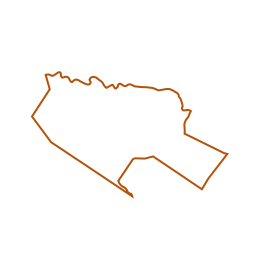 Morne Gomier, Laborie, Saint Lucia, rotated 302°
{"feature_id": "8701671B16290064127769", "entity_name": "Morne Gomier", "entity_type": "district", "adm_level": 2, "iso_a3": "LCA", "parent_name": "Saint Lucia", "parent_adm1": "Laborie", "projection": "natural_earth1", "projection_center": [-60.992, 13.765], "detail": "fine", "context": "isolated", "style": "outline", "palette": "amber", "viewbox_px": 256, "rotation_deg": 302, "n_neighbors": 0, "source": "geoboundaries", "source_scale": "gbopen_adm2", "svg_char_len": 4149}
<svg xmlns="http://www.w3.org/2000/svg" viewBox="0 0 256 256"><g transform="rotate(302 128 128)"><path d="M115.2,223.1L127.7,222.9L158.6,226.0L157.6,222.7L153.2,179.1L153.4,179.1L154.0,178.6L154.7,178.2L156.5,177.0L158.6,175.6L159.4,175.0L160.5,174.1L160.8,174.0L161.2,173.8L162.3,173.4L163.0,173.2L163.9,173.1L164.5,173.0L165.3,172.9L166.4,172.9L167.2,173.0L167.5,173.1L168.0,173.1L168.5,173.2L168.9,173.2L169.4,173.2L169.9,173.2L170.9,172.9L171.4,172.8L172.2,172.7L172.7,172.6L173.1,172.6L173.9,172.5L174.7,172.4L175.2,172.3L175.6,172.3L175.5,171.8L175.6,171.4L175.5,170.5L175.4,170.0L175.1,169.5L174.5,168.6L173.6,167.4L172.8,166.6L172.5,166.1L172.3,165.6L172.3,165.0L172.4,164.5L172.5,164.2L172.9,163.7L173.5,163.2L174.2,163.0L174.6,163.1L175.1,162.9L175.7,162.5L176.1,162.2L176.6,161.7L177.3,161.1L178.1,160.1L179.0,159.1L180.1,157.7L180.8,156.7L181.0,156.3L181.2,155.3L181.5,154.7L181.9,154.2L182.6,153.7L182.8,153.4L183.2,152.7L183.5,152.1L183.6,151.6L183.7,151.1L183.7,150.8L183.7,150.3L183.6,149.7L183.6,148.8L183.6,147.8L183.6,147.1L183.6,146.6L183.6,146.2L183.5,145.5L183.5,145.1L183.4,144.8L183.4,144.4L183.3,143.9L183.2,143.2L183.0,142.8L182.9,142.4L182.7,142.1L182.5,141.5L182.3,141.2L182.1,140.8L181.9,140.6L181.6,140.2L181.4,139.9L181.0,139.4L180.7,139.2L180.4,138.8L180.0,138.3L179.7,138.0L179.3,137.6L177.8,135.9L176.8,134.8L176.4,134.3L176.2,134.0L176.0,133.5L175.9,132.9L175.8,132.4L175.8,131.9L175.7,131.2L175.6,130.8L175.5,130.2L175.5,129.8L175.4,129.5L175.3,129.1L175.2,128.6L175.1,128.2L175.0,127.9L174.9,127.7L174.8,127.4L174.7,126.9L174.5,126.6L174.1,125.7L173.7,125.0L173.7,124.9L173.5,124.5L173.4,124.2L173.0,123.5L172.9,123.1L172.7,122.7L172.4,122.1L172.2,121.8L172.0,121.3L171.8,121.0L171.5,120.7L171.2,120.2L170.8,119.5L170.6,119.1L170.5,118.9L170.3,118.6L170.1,118.2L170.0,117.9L169.7,117.4L169.4,116.9L169.2,116.5L169.0,116.0L168.7,115.5L168.5,115.0L168.1,114.1L167.7,113.3L167.3,112.6L167.0,111.9L166.9,111.4L166.8,111.0L166.8,110.6L166.7,110.3L166.7,109.8L166.6,109.3L166.6,108.9L166.6,108.4L166.5,107.9L166.4,107.6L166.3,107.3L166.3,107.1L166.2,106.8L166.0,106.5L165.8,106.3L165.7,106.0L165.5,105.8L165.2,105.4L164.9,105.2L164.4,104.9L163.6,104.6L163.4,104.5L162.9,104.2L162.5,104.0L162.1,103.5L161.9,103.2L161.7,102.6L161.7,102.3L161.6,102.1L161.5,101.3L161.5,101.0L161.4,100.6L161.5,100.2L161.5,99.7L161.5,99.0L161.5,98.5L161.5,98.2L161.3,97.8L161.2,97.5L160.9,97.3L160.6,97.1L160.3,97.0L160.1,96.9L159.7,96.8L159.3,96.8L159.0,97.0L158.6,97.1L158.2,97.3L157.9,97.4L157.5,97.4L157.2,97.4L156.9,97.3L156.6,97.2L156.1,97.1L155.8,97.0L155.5,96.9L155.2,96.8L155.0,96.7L154.8,96.3L154.8,96.0L154.8,95.7L154.9,95.4L155.1,95.2L155.2,94.9L155.4,94.5L155.6,94.1L155.8,93.7L156.0,93.1L156.2,92.7L156.4,92.3L156.3,92.0L156.2,91.8L156.1,91.7L155.7,91.3L150.7,88.5L150.8,87.6L150.9,86.4L151.3,85.4L151.9,84.1L152.3,83.6L152.7,82.7L153.1,82.0L153.2,81.2L153.4,80.0L153.4,79.5L153.5,77.9L153.7,76.1L153.9,74.2L153.8,73.9L153.7,73.4L153.4,72.5L153.1,71.7L152.8,71.1L151.9,70.5L151.1,69.9L150.6,69.8L150.0,69.6L149.3,69.8L148.8,69.8L148.6,69.8L148.3,70.2L147.7,71.0L147.5,71.4L146.8,72.3L146.3,72.3L145.7,72.3L144.9,72.3L144.2,71.7L143.7,71.1L143.0,69.4L142.8,68.0L142.6,66.7L142.5,64.9L142.3,63.0L142.3,61.1L142.3,60.7L141.8,58.6L141.1,57.9L140.6,57.5L140.2,57.1L139.0,56.7L137.5,56.4L137.3,56.3L137.2,56.1L137.0,55.2L137.2,54.4L137.7,53.4L138.4,52.2L139.0,51.1L139.2,50.1L139.0,49.2L138.6,48.4L138.3,47.7L137.3,46.8L136.9,46.6L136.2,46.0L135.9,45.3L135.9,45.0L136.2,44.2L136.6,43.6L137.4,43.0L138.0,42.6L139.0,41.7L139.2,40.6L138.1,39.3L136.8,38.8L134.0,37.5L132.6,36.7L131.9,35.8L131.9,34.8L131.4,32.4L130.8,31.6L130.0,30.6L129.5,30.0L129.4,30.0L119.4,41.1L86.9,40.5L75.2,70.3L73.8,118.8L72.3,167.8L72.5,167.6L73.1,166.9L73.6,166.1L73.8,165.8L73.9,165.5L73.5,164.7L73.3,163.9L73.4,162.8L73.4,162.2L73.6,161.7L74.1,161.0L74.4,160.4L74.8,159.9L75.0,159.3L75.1,159.0L75.3,158.6L75.4,158.0L75.6,157.5L75.7,156.8L75.6,155.7L75.4,155.2L75.5,154.3L75.6,152.9L75.8,151.8L76.3,150.4L76.8,149.5L77.5,148.6L78.1,147.8L104.3,148.7L106.0,150.0L111.0,158.5L117.2,164.4L115.2,223.1Z" fill="none" stroke="#b45309" stroke-width="2"/></g></svg>